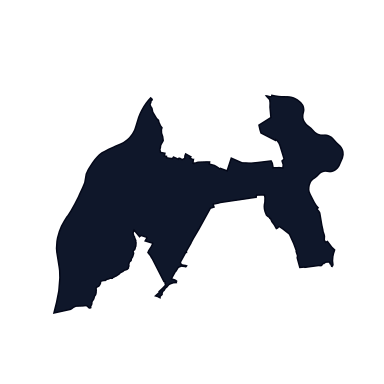 Zevenaar, Gelderland, Netherlands, rotated 81°
{"feature_id": "6326949B47672258677140", "entity_name": "Zevenaar", "entity_type": "district", "adm_level": 2, "iso_a3": "NLD", "parent_name": "Netherlands", "parent_adm1": "Gelderland", "projection": "mercator", "projection_center": [6.087, 51.928], "detail": "fine", "context": "isolated", "style": "filled", "palette": "ink", "viewbox_px": 384, "rotation_deg": 81, "n_neighbors": 0, "source": "geoboundaries", "source_scale": "gbopen_adm2", "svg_char_len": 5997}
<svg xmlns="http://www.w3.org/2000/svg" viewBox="0 0 384 384"><g transform="rotate(81 192 192)"><path d="M227.3,69.9L225.0,71.4L221.5,72.9L212.6,75.8L209.9,76.4L208.0,76.4L205.6,75.9L203.5,75.2L200.7,73.6L199.4,72.4L198.7,71.4L198.0,70.4L197.2,68.6L195.9,66.3L193.6,63.2L192.9,62.0L192.6,61.2L192.2,59.4L192.1,57.7L192.2,56.7L193.3,53.1L193.5,51.9L193.5,50.8L193.3,49.4L192.9,48.0L192.4,46.8L191.7,45.7L190.9,44.5L189.1,42.8L181.9,38.2L178.8,37.0L176.1,36.7L174.7,36.8L173.3,37.1L171.6,37.7L170.0,38.5L165.9,41.7L161.4,44.6L159.8,45.8L158.3,47.8L157.5,49.1L157.1,50.0L156.7,51.5L156.3,54.6L155.9,56.4L154.8,58.6L154.0,59.7L152.3,61.5L147.7,64.6L143.8,68.2L142.6,69.0L140.2,70.2L138.3,70.8L135.9,71.0L133.5,70.6L132.0,70.1L130.1,69.3L128.5,68.8L126.4,68.7L125.1,68.8L123.7,69.1L120.9,70.6L119.7,71.6L117.5,73.6L116.1,75.4L115.0,77.0L114.1,78.9L113.4,80.9L112.9,82.9L111.9,88.8L111.3,91.3L110.1,95.1L109.0,98.0L110.0,98.4L110.3,98.8L110.1,100.1L108.8,103.1L108.7,103.6L109.1,103.4L112.5,101.1L113.2,100.8L116.2,100.9L120.4,101.7L130.8,102.4L136.4,115.4L141.1,115.1L144.5,114.6L154.1,101.5L153.3,101.0L154.8,99.7L157.2,98.5L158.3,98.2L160.0,97.8L173.6,95.9L174.0,96.0L175.4,98.2L179.3,97.6L182.5,98.5L181.5,102.3L181.4,103.8L180.8,107.6L180.9,108.1L176.2,108.2L173.7,109.0L173.2,122.3L172.8,129.1L172.5,130.7L172.5,130.9L171.8,133.9L171.1,137.9L164.7,147.9L176.6,154.0L173.2,160.1L174.0,160.5L173.9,160.5L171.0,163.6L169.3,165.7L167.1,170.6L165.1,169.9L164.6,172.6L163.6,180.9L163.6,182.2L164.2,185.3L163.8,185.2L163.5,186.6L160.1,185.5L160.1,186.0L158.2,188.8L157.1,187.6L153.4,192.3L155.1,193.3L157.7,193.9L158.5,196.7L156.7,198.9L156.8,199.6L156.7,199.9L157.5,200.4L154.6,204.8L155.2,205.4L156.0,206.0L155.1,209.3L154.2,211.8L152.8,211.6L152.2,213.7L149.5,212.7L148.0,216.9L145.0,217.1L143.0,216.2L141.3,215.8L140.0,215.0L137.0,212.6L136.6,212.4L132.7,212.3L129.1,212.9L125.7,212.5L123.8,211.6L122.1,212.6L121.2,212.9L118.0,213.8L115.9,213.9L113.9,215.5L106.9,218.3L103.0,218.5L101.1,219.4L98.9,219.8L97.2,218.7L95.7,218.3L94.7,216.9L94.0,217.0L92.6,218.1L94.6,220.6L97.2,223.4L100.1,226.1L103.5,228.8L106.5,230.9L109.8,232.9L118.8,237.3L121.9,238.9L124.0,240.5L125.5,241.7L128.7,245.1L130.3,247.5L132.3,251.3L132.8,252.6L133.5,255.0L134.8,260.4L135.5,262.6L136.8,267.6L138.3,271.8L139.2,274.7L140.8,277.6L142.6,280.0L145.0,282.9L147.7,285.6L152.6,290.0L154.1,291.2L157.7,293.6L166.0,296.4L170.7,299.3L176.6,303.3L179.0,304.8L185.6,309.6L191.7,314.4L196.1,318.3L197.0,319.4L200.7,322.6L205.3,326.2L210.2,329.1L216.2,331.9L219.4,333.0L226.4,334.6L230.2,334.9L246.0,334.9L249.0,335.0L256.1,335.9L268.9,339.0L279.8,343.0L289.9,347.3L288.9,330.4L288.4,329.1L287.4,327.3L286.6,324.7L286.6,324.3L287.4,317.6L287.5,315.4L287.6,314.6L287.9,313.8L288.6,313.0L290.0,312.1L290.5,311.5L290.6,310.9L290.4,310.1L288.7,309.9L287.7,308.9L286.6,308.4L285.7,308.3L284.3,307.7L282.8,306.2L281.7,305.5L279.8,304.7L278.5,303.4L277.4,302.8L276.4,302.6L275.9,302.3L275.2,302.3L274.0,301.9L273.3,301.9L272.7,302.0L271.6,301.5L270.8,300.4L270.7,299.7L270.4,298.8L270.0,298.4L269.0,297.5L267.8,296.7L267.0,296.6L265.7,295.7L265.6,293.0L265.8,291.5L264.8,289.5L264.9,289.1L264.8,287.8L264.3,286.4L264.7,284.7L264.7,284.1L264.0,283.5L263.8,282.3L263.3,281.0L263.1,280.0L262.7,279.2L261.6,276.8L260.6,275.6L260.0,273.9L259.7,272.8L258.6,271.0L258.6,270.1L258.3,268.5L258.1,267.9L257.5,267.1L257.3,266.9L257.2,267.0L256.9,266.9L255.7,266.1L254.5,265.8L253.5,265.9L253.2,265.8L253.0,265.5L251.7,265.0L251.1,264.4L250.7,264.2L250.6,263.9L250.7,263.7L250.5,263.3L249.8,262.7L248.2,262.3L247.6,261.5L246.3,260.6L243.6,259.3L242.5,259.3L241.6,259.5L241.2,259.4L240.6,258.9L240.0,257.7L238.7,257.0L237.2,256.4L236.8,256.0L233.7,255.3L233.2,255.2L232.6,255.4L231.1,255.1L228.0,255.9L227.5,255.8L226.4,256.3L223.7,256.7L222.6,256.4L221.6,255.5L221.0,255.3L220.9,255.5L220.5,255.2L227.9,250.8L227.7,250.6L227.3,249.6L226.9,249.1L229.4,244.3L229.8,243.9L230.3,243.7L233.0,245.9L236.4,238.9L236.8,238.8L239.7,240.8L243.3,244.0L245.0,245.0L245.5,244.5L246.3,244.2L248.3,243.0L250.4,242.3L250.3,242.1L276.1,233.7L276.4,233.2L276.4,232.6L278.3,232.9L278.4,232.6L278.5,232.5L279.8,232.7L280.6,233.6L282.5,236.1L285.2,240.1L286.0,239.8L288.9,244.3L290.0,242.0L291.0,240.8L291.4,240.1L290.1,239.9L288.6,237.6L288.1,237.7L286.0,236.7L285.4,236.1L284.8,235.0L282.7,233.3L282.1,232.0L280.0,229.6L279.6,228.7L279.2,227.3L278.7,224.6L279.0,221.7L278.0,221.8L277.6,221.2L276.9,221.8L276.2,222.7L274.5,226.0L268.1,221.0L267.7,220.3L264.4,217.5L264.2,217.1L263.5,214.2L264.5,210.6L264.9,209.9L264.6,209.4L264.1,208.9L263.7,209.6L262.7,212.7L262.5,213.1L262.0,213.7L261.4,214.2L259.9,214.5L259.0,214.1L251.9,208.6L251.9,208.8L251.5,208.6L251.5,208.3L251.3,208.1L251.3,208.4L250.9,208.1L250.7,207.8L250.8,206.9L249.5,206.8L242.3,201.0L242.1,201.0L237.9,197.8L231.4,192.4L230.6,192.2L230.4,192.0L230.6,191.9L230.6,191.7L210.9,176.4L210.3,172.6L208.9,172.9L207.9,173.0L207.3,172.8L207.1,167.9L206.8,165.6L207.1,136.6L207.2,130.3L207.3,129.5L205.7,129.0L205.2,128.6L205.9,123.2L206.2,121.8L206.2,120.9L209.1,120.8L213.4,121.6L215.9,122.5L217.7,122.9L220.0,123.1L222.7,122.9L226.4,122.1L227.8,121.0L228.7,120.0L229.5,119.4L230.3,119.2L230.5,118.7L230.8,118.5L233.8,117.7L237.2,115.9L241.3,114.4L240.9,113.0L239.8,111.9L239.9,111.0L242.3,108.4L248.2,102.9L249.0,102.3L258.8,99.6L266.5,98.1L266.8,98.4L268.1,98.3L271.5,97.7L273.4,98.4L283.4,97.3L283.7,92.8L284.0,92.5L284.1,91.7L284.2,86.5L284.3,83.1L284.2,83.0L284.3,83.1L284.4,78.6L284.9,76.3L284.8,75.5L283.6,74.4L283.2,73.9L283.2,73.3L283.3,73.0L282.8,72.3L282.2,70.7L282.6,67.6L282.6,67.3L283.3,67.0L284.5,66.8L284.8,66.2L287.2,65.7L287.4,65.3L287.0,65.1L286.8,64.7L286.2,64.4L286.0,64.2L281.9,64.0L277.7,63.0L274.9,61.9L271.5,60.2L270.2,61.2L270.4,61.3L270.1,61.6L270.0,61.4L268.4,62.6L262.0,66.0L262.7,67.8L260.2,68.9L256.4,68.1L254.8,68.2L250.0,69.0L250.0,68.7L245.1,69.0L233.6,69.1L232.5,69.2L232.5,69.4L231.2,69.6L228.3,71.4L227.3,69.9Z" fill="#0f172a" stroke="#020617" stroke-width="1.5"/></g></svg>